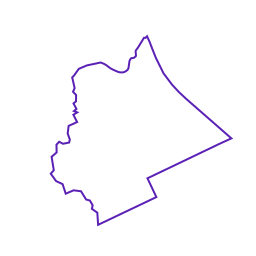 outline of Jefferson, Texas, United States of America, rotated 245°
{"feature_id": "52423323B61382457071366", "entity_name": "Jefferson", "entity_type": "district", "adm_level": 2, "iso_a3": "USA", "parent_name": "United States of America", "parent_adm1": "Texas", "projection": "orthographic", "projection_center": [-94.044, 29.875], "detail": "fine", "context": "isolated", "style": "outline", "palette": "violet", "viewbox_px": 256, "rotation_deg": 245, "n_neighbors": 0, "source": "geoboundaries", "source_scale": "gbopen_adm2", "svg_char_len": 1006}
<svg xmlns="http://www.w3.org/2000/svg" viewBox="0 0 256 256"><g transform="rotate(245 128 128)"><path d="M53.4,123.7L53.4,124.5L74.2,124.4L75.0,203.2L74.9,217.3L129.7,193.1L139.1,189.3L148.8,186.2L162.5,183.3L179.8,182.9L190.2,183.5L197.2,184.0L203.1,184.0L202.3,182.0L203.0,180.6L196.7,171.1L195.0,167.9L194.1,167.2L190.4,165.9L189.7,165.3L189.1,162.9L189.9,160.4L189.1,158.8L188.0,157.6L182.0,153.7L181.0,152.4L180.4,150.3L180.3,148.6L180.6,146.7L181.9,144.1L183.5,142.3L187.4,138.9L189.9,137.1L194.4,134.7L196.6,133.1L198.7,131.1L198.9,130.9L202.1,117.2L202.4,108.4L198.4,101.3L197.4,98.8L186.7,96.5L184.1,93.5L179.8,94.9L174.1,92.1L173.3,89.0L167.0,89.3L166.2,86.2L163.6,88.6L163.1,84.1L154.9,84.4L155.0,75.1L148.5,71.0L142.1,70.4L139.7,68.5L141.2,62.4L144.6,59.8L143.1,56.1L136.0,53.0L134.2,46.6L121.1,42.9L119.2,38.7L110.2,40.4L104.8,45.0L94.8,43.8L94.5,52.4L90.5,58.7L80.9,59.8L78.4,62.8L72.9,63.3L70.0,61.1L64.2,64.4L52.9,60.0L53.4,123.7Z" fill="none" stroke="#5b21b6" stroke-width="2"/></g></svg>